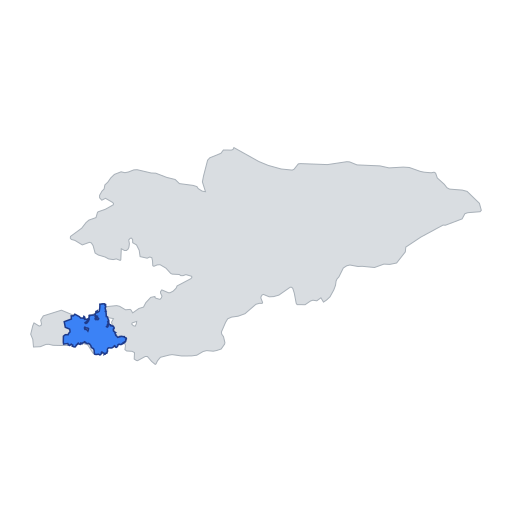 location of Batken, Batken, Kyrgyzstan
{"feature_id": "92254566B65149347501284", "entity_name": "Batken", "entity_type": "district", "adm_level": 2, "iso_a3": "KGZ", "parent_name": "Kyrgyzstan", "parent_adm1": "Batken", "projection": "equal_earth", "projection_center": [70.889, 39.851], "detail": "fine", "context": "in_parent", "style": "filled", "palette": "blue", "viewbox_px": 512, "rotation_deg": 0, "n_neighbors": 0, "source": "geoboundaries", "source_scale": "gbopen_adm2", "svg_char_len": 9107}
<svg xmlns="http://www.w3.org/2000/svg" viewBox="0 0 512 512"><path d="M102.3,308.2L103.7,307.4L107.9,306.5L116.6,305.6L119.6,306.3L125.5,309.8L130.1,309.4L130.9,309.9L132.7,312.9L138.9,308.5L143.5,307.1L145.8,302.7L150.7,297.4L154.9,296.5L154.9,297.4L155.8,298.2L160.0,299.4L161.3,298.0L162.0,296.1L160.5,293.0L160.5,291.7L161.8,289.9L168.6,292.8L170.1,292.7L173.2,291.1L176.1,288.2L177.1,285.9L191.0,278.6L191.9,277.3L191.7,276.3L185.9,274.6L183.2,275.6L180.8,275.6L179.3,274.5L172.2,274.1L170.7,273.4L165.9,268.1L160.1,264.7L157.2,264.9L153.9,266.3L152.8,265.7L152.5,260.7L151.8,257.7L149.8,257.0L147.2,258.2L140.1,256.6L139.2,250.3L136.5,244.9L132.7,242.7L132.6,239.4L131.2,238.0L130.1,238.4L128.7,240.0L129.4,243.7L128.9,247.3L128.0,249.2L126.4,250.5L124.5,250.5L121.3,248.7L120.8,259.8L120.2,260.4L116.3,258.9L113.2,259.6L108.6,258.9L105.1,257.0L98.3,255.0L95.1,253.0L93.1,245.6L91.3,242.9L89.5,242.3L82.3,244.9L74.9,240.4L71.3,239.4L70.3,238.1L70.5,236.4L81.7,228.2L86.1,222.5L88.9,220.1L96.0,217.6L97.5,212.4L98.1,211.8L105.3,209.3L113.3,204.8L113.5,203.5L112.7,202.5L105.5,198.3L101.8,200.2L99.6,197.8L99.6,195.3L102.0,191.1L104.1,189.0L104.9,184.9L107.8,182.2L110.8,177.9L114.4,174.4L121.1,171.8L124.9,172.7L128.4,172.0L133.8,169.9L137.1,169.7L151.2,173.0L155.8,173.2L166.7,177.4L175.2,179.5L179.4,183.6L193.1,185.4L196.9,186.6L198.2,188.6L202.1,191.1L205.5,191.7L202.4,181.9L203.5,176.1L207.6,160.2L209.8,157.8L220.9,153.3L223.4,150.0L231.3,150.1L233.0,149.5L233.9,147.6L258.8,161.5L268.2,165.4L281.2,169.0L292.2,170.1L294.0,169.3L298.3,163.9L300.3,163.6L327.5,164.6L346.8,161.7L349.6,161.9L357.0,164.9L380.0,165.9L389.0,167.9L403.3,167.1L409.3,167.5L420.3,171.4L424.2,172.2L431.3,172.8L434.0,172.2L435.6,173.1L437.3,178.0L444.3,184.3L446.9,187.7L449.5,189.1L462.3,190.1L467.1,191.4L479.4,203.3L481.3,210.3L480.1,211.7L467.7,212.7L464.9,213.7L462.1,218.9L445.5,225.2L443.0,225.1L421.0,237.0L405.8,247.1L405.3,251.9L396.6,263.0L389.8,264.4L383.9,264.1L374.5,267.5L362.2,266.3L358.0,266.5L349.9,265.0L346.7,265.8L343.3,268.0L338.9,276.9L337.0,279.0L336.1,281.0L335.5,285.3L333.8,289.9L330.0,296.8L326.6,300.0L323.5,302.1L320.9,297.8L316.8,300.8L312.9,300.2L310.5,301.0L305.1,304.7L297.1,304.6L296.2,303.3L294.3,293.2L292.8,288.4L291.7,287.3L290.2,287.2L278.9,295.1L273.6,296.6L269.2,296.8L263.4,294.4L262.1,295.0L261.2,296.3L260.8,297.9L262.6,302.5L262.1,303.4L259.5,303.3L255.9,304.3L245.0,313.7L238.1,316.2L231.6,317.1L227.7,318.8L225.6,322.3L221.4,332.0L221.7,334.1L223.5,336.7L224.9,342.6L224.6,344.1L221.2,349.0L216.7,350.5L213.3,351.2L206.6,350.6L203.1,351.5L196.8,355.2L191.6,355.9L181.8,356.0L172.1,354.6L169.0,355.1L160.4,357.3L157.5,360.8L156.0,363.9L155.2,364.4L151.7,361.5L147.4,356.5L145.2,356.5L137.5,360.7L136.4,360.5L134.2,359.0L134.5,352.6L132.0,351.3L126.7,351.0L124.9,349.6L125.5,345.5L124.9,343.9L123.6,342.8L120.8,343.1L115.4,346.5L109.0,347.7L106.8,348.8L104.3,353.2L95.7,354.1L93.0,353.1L87.8,344.9L83.4,343.6L78.9,343.9L72.7,346.1L71.3,344.3L69.7,343.8L68.3,345.3L60.8,345.5L53.1,345.3L48.8,344.3L46.0,344.4L40.3,346.7L33.5,347.0L32.8,339.4L30.7,334.2L32.8,325.7L34.0,322.9L39.2,326.1L41.0,325.5L41.5,323.9L40.7,320.1L43.3,315.9L61.4,310.2L81.4,318.5L84.0,323.9L85.7,323.7L88.5,321.2L89.3,316.7L93.2,314.1L101.8,311.0L102.3,308.2ZM112.6,327.0L113.0,326.2L111.5,322.3L113.5,318.6L109.4,317.9L107.4,316.8L105.0,313.1L104.3,312.9L103.1,313.9L102.4,316.4L103.0,319.1L105.9,321.6L104.5,326.9L110.5,327.5L112.6,327.0ZM91.7,330.7L91.6,329.6L90.2,329.0L82.7,327.6L82.9,328.6L85.8,332.6L88.0,332.8L91.7,330.7ZM136.3,323.9L136.7,321.4L132.2,322.9L131.7,324.1L133.3,325.7L135.2,326.2L136.3,323.9Z" fill="#d9dde1" stroke="#a8b0b8" stroke-width="1"/><path d="M126.3,338.4L126.2,338.4L126.0,338.1L126.0,337.9L125.7,337.8L125.3,337.7L125.1,337.5L124.4,337.3L124.3,337.0L124.3,336.6L123.0,336.6L122.7,336.5L122.2,336.5L121.7,336.3L121.4,336.4L121.1,336.3L120.8,336.6L120.0,336.4L119.8,336.8L119.4,336.9L119.1,336.8L119.0,337.0L118.7,337.2L118.2,337.2L117.7,337.4L116.6,336.0L116.3,335.8L115.8,335.5L115.6,335.2L115.6,334.7L115.8,334.4L115.6,334.2L115.2,333.8L115.1,333.3L115.0,333.2L115.0,332.5L115.3,332.4L114.9,332.2L114.7,331.9L114.0,331.5L113.9,331.3L113.6,331.1L113.7,330.8L113.5,330.2L113.3,330.0L113.5,329.8L113.6,329.6L113.4,329.0L113.7,328.8L113.9,328.4L114.1,328.3L114.2,328.2L114.0,327.3L112.9,325.9L112.4,325.9L112.2,326.1L111.6,325.8L111.1,325.3L111.0,325.7L110.6,325.7L110.6,325.2L110.4,325.1L110.5,324.8L109.3,324.4L108.7,324.4L108.4,324.9L108.3,325.1L108.2,325.5L108.0,325.8L108.0,326.0L108.0,326.6L107.8,326.7L107.6,326.9L107.5,326.7L106.8,326.9L106.5,326.7L106.9,326.3L107.1,326.0L107.3,325.8L107.3,325.5L107.4,325.2L107.4,324.9L107.4,324.7L107.8,323.9L108.0,323.8L108.3,323.7L108.7,323.5L109.0,323.4L108.9,322.9L108.5,323.0L108.3,322.8L108.2,322.5L108.2,322.4L108.0,322.2L107.9,322.2L107.7,321.8L107.9,321.6L107.9,321.4L108.2,321.2L108.5,321.7L108.8,321.5L108.7,320.9L108.8,320.4L108.5,319.8L108.3,319.8L108.0,318.9L108.0,318.5L107.8,318.4L107.6,318.0L107.6,317.1L107.1,316.8L106.6,316.5L106.3,316.5L106.1,312.8L105.7,311.6L105.5,311.4L106.1,311.2L105.7,310.5L105.6,310.1L105.7,309.9L105.4,309.3L105.3,308.5L105.2,308.4L105.1,308.1L105.3,307.5L105.3,307.3L105.6,307.2L105.8,306.5L105.6,306.1L105.6,305.5L105.6,305.0L105.6,304.6L105.4,304.6L105.1,304.3L105.0,304.2L104.9,304.3L104.9,304.1L104.5,303.8L104.4,303.8L104.2,303.8L103.3,303.8L102.9,303.9L102.7,303.8L102.0,304.0L101.8,303.9L100.8,304.2L100.2,304.1L99.8,304.2L99.9,304.9L99.8,307.7L99.3,311.0L99.2,311.0L98.4,311.9L97.7,312.2L97.4,312.2L97.2,312.4L96.9,311.7L97.1,310.9L96.3,311.4L95.9,311.5L95.9,312.7L95.8,313.2L95.5,313.4L95.3,313.5L95.3,314.0L95.2,314.3L94.9,314.7L94.6,314.7L94.5,314.8L93.0,315.1L92.7,315.1L91.4,315.2L91.0,315.1L90.8,315.2L89.9,315.2L89.8,315.5L89.5,315.3L89.3,315.3L89.1,315.4L89.5,316.4L89.0,316.9L89.0,317.7L89.1,318.0L89.1,318.4L88.8,319.2L89.1,319.6L88.8,319.8L88.6,320.4L88.6,320.6L87.9,320.9L87.8,321.0L88.2,321.0L88.3,321.2L87.6,321.8L87.6,322.4L87.2,322.8L86.9,322.8L86.3,323.3L86.1,323.3L85.9,323.5L85.7,323.3L85.9,323.2L85.7,322.8L85.5,322.7L85.4,322.8L85.1,322.9L85.0,322.6L85.7,322.2L86.1,321.9L86.5,321.6L87.1,321.1L87.4,320.7L87.9,319.5L87.9,318.8L86.2,319.5L85.6,319.0L85.4,319.0L84.8,319.4L84.6,319.3L84.5,318.9L84.8,318.7L84.6,318.4L84.8,317.6L84.7,317.1L83.9,316.4L83.3,318.3L82.0,318.0L80.7,318.1L79.4,316.7L74.8,314.2L73.5,315.8L71.2,315.9L71.4,319.0L64.2,321.7L65.3,327.3L68.9,328.8L69.7,329.2L70.0,331.1L70.0,332.0L68.6,333.4L68.2,334.7L65.3,334.7L63.4,336.2L63.3,342.3L63.6,344.1L67.8,343.5L68.2,344.2L68.2,344.5L68.4,344.4L68.6,344.5L68.8,345.1L69.6,345.5L70.0,345.3L70.3,345.0L70.6,344.8L70.8,344.5L71.2,344.1L71.4,344.2L71.6,344.4L71.8,344.8L72.7,345.1L72.5,345.5L72.6,345.9L72.4,346.3L73.0,346.4L74.0,346.9L75.2,346.9L75.4,346.8L75.9,345.9L76.2,345.6L76.3,345.4L76.3,345.0L76.7,344.9L77.0,344.5L77.3,344.5L77.4,344.4L77.5,343.9L77.6,343.6L78.2,343.1L78.5,343.7L78.8,343.9L79.6,344.2L80.2,344.4L80.5,343.9L80.6,343.2L80.9,342.9L81.9,343.9L82.1,343.5L83.0,342.6L84.1,342.6L84.4,341.7L84.8,341.8L85.3,342.4L85.6,342.4L85.8,342.9L86.0,343.2L86.4,343.1L87.0,343.5L87.7,343.7L88.1,343.5L88.5,343.4L88.6,343.7L89.6,343.9L89.8,344.4L90.5,345.1L91.1,346.2L91.0,346.7L91.4,347.1L91.3,347.3L91.6,347.5L92.0,347.8L92.3,348.2L92.8,348.2L93.1,348.5L93.4,348.6L93.5,348.9L93.8,349.2L93.8,349.6L94.2,350.5L94.2,352.4L94.4,352.8L94.4,353.9L94.7,354.2L95.3,354.4L96.4,354.5L98.6,354.2L99.1,354.5L99.6,354.9L100.4,354.8L100.8,354.4L101.4,353.5L101.4,352.4L101.6,352.0L102.0,352.0L102.4,352.2L102.7,352.8L103.4,352.9L104.1,353.3L104.4,353.8L104.2,354.4L104.8,354.1L105.3,354.1L105.4,353.9L105.4,353.4L105.9,353.2L106.3,353.3L106.7,353.2L106.6,352.9L106.8,352.8L107.1,352.5L107.1,352.2L107.2,351.5L107.5,351.3L107.5,351.0L107.6,350.9L107.3,350.0L107.4,349.4L107.8,348.4L108.2,348.1L108.7,347.8L109.4,347.8L111.1,348.0L112.1,347.8L114.0,346.5L114.2,345.9L114.6,345.6L114.8,345.7L115.6,347.1L116.0,347.4L116.3,347.4L116.8,347.1L117.7,346.0L117.9,345.6L118.0,344.7L118.8,344.3L119.0,344.2L119.6,344.3L119.8,344.4L120.0,344.4L120.1,344.6L120.6,344.5L121.2,344.5L121.5,344.1L121.7,343.9L122.4,344.0L122.7,343.7L123.2,343.5L123.1,343.1L123.0,342.9L123.8,342.6L124.5,342.7L124.9,342.4L124.9,342.2L124.7,341.8L125.0,341.8L125.2,341.7L125.4,341.5L125.4,341.3L125.6,341.0L125.9,340.8L125.7,340.3L125.8,339.9L125.7,339.7L125.8,339.5L126.1,339.4L126.3,339.1L126.2,338.9L126.4,338.7L126.3,338.4ZM84.4,327.9L84.6,327.6L84.9,327.1L86.1,327.9L87.5,328.0L88.3,328.4L88.2,328.7L88.5,328.8L88.4,329.4L88.3,330.1L87.9,331.1L87.3,330.2L86.1,329.5L85.7,329.3L85.2,329.4L84.9,329.4L84.4,327.9ZM95.1,318.9L95.5,318.5L95.4,317.6L95.6,317.4L95.6,317.7L95.5,317.9L95.8,317.8L95.9,318.0L95.6,318.1L95.7,318.3L96.0,318.6L96.2,318.4L95.8,317.2L95.6,317.1L95.5,316.8L95.7,316.5L95.4,316.3L95.6,316.2L95.4,315.4L95.8,315.6L95.7,316.0L95.7,316.5L96.1,316.0L96.5,316.2L96.9,316.2L96.4,316.8L96.7,316.8L97.6,317.1L97.6,317.3L97.2,317.9L97.8,318.1L98.2,318.1L98.7,318.6L98.4,319.3L97.9,319.7L96.9,319.5L96.2,319.5L95.9,319.7L95.5,319.2L95.2,319.1L95.1,318.9Z" fill="#3b82f6" stroke="#1e3a8a" stroke-width="1.5"/></svg>